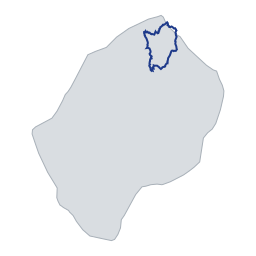 Nqoe, Butha-Buthe, Lesotho (highlighted)
{"feature_id": "5366337B84603329335542", "entity_name": "Nqoe", "entity_type": "district", "adm_level": 2, "iso_a3": "LSO", "parent_name": "Lesotho", "parent_adm1": "Butha-Buthe", "projection": "equal_earth", "projection_center": [28.538, -28.865], "detail": "medium", "context": "in_parent", "style": "outline", "palette": "blue", "viewbox_px": 256, "rotation_deg": 0, "n_neighbors": 0, "source": "geoboundaries", "source_scale": "gbopen_adm2", "svg_char_len": 2683}
<svg xmlns="http://www.w3.org/2000/svg" viewBox="0 0 256 256"><path d="M170.2,181.8L162.8,184.5L161.8,184.7L157.1,184.1L150.8,184.7L145.8,186.2L142.0,186.8L135.7,194.5L124.3,215.4L121.3,219.7L120.5,227.9L117.9,234.4L114.6,239.4L111.5,240.6L102.0,238.6L89.9,236.0L82.8,229.8L76.5,221.5L73.1,215.5L69.7,212.2L68.5,210.4L63.5,207.6L61.6,206.1L60.0,205.1L58.0,201.1L56.8,197.7L57.2,188.0L53.7,182.2L47.7,172.4L43.9,164.3L38.7,153.3L35.4,143.8L32.1,134.0L32.5,129.8L35.6,126.9L44.8,122.0L51.9,118.2L57.0,111.2L62.6,100.7L65.3,94.5L68.0,91.6L70.9,87.2L76.1,77.4L81.8,66.4L87.9,54.7L95.7,51.3L106.4,47.4L116.6,37.1L128.8,28.5L148.5,19.1L157.6,16.7L161.1,15.4L163.3,17.1L165.7,22.5L169.0,27.0L176.8,34.8L180.1,36.7L188.1,48.3L196.6,56.2L206.5,65.3L213.2,69.9L216.6,71.1L219.4,79.2L222.3,85.2L223.9,90.9L223.5,96.3L220.4,109.7L215.8,123.4L212.2,129.1L207.7,132.7L203.4,138.0L201.7,149.0L199.7,161.9L194.1,167.2L189.7,170.6L183.6,174.9L170.2,181.8Z" fill="#d9dde1" stroke="#a8b0b8" stroke-width="1"/><path d="M175.8,50.9L176.9,49.3L176.6,48.7L176.3,46.4L175.3,43.8L175.6,41.8L175.2,41.4L175.3,40.2L176.5,37.1L176.6,36.4L176.2,36.0L175.8,34.7L175.9,33.6L175.5,32.9L175.7,31.8L176.4,30.5L176.0,30.2L176.0,29.4L175.4,29.1L175.0,28.2L173.8,28.4L172.7,27.2L171.6,26.5L170.7,27.0L169.4,27.0L169.4,26.4L167.6,25.2L168.0,24.4L167.7,23.6L167.8,23.2L167.1,22.3L164.6,24.5L163.7,24.8L163.1,24.6L162.8,24.8L162.7,25.5L161.6,26.2L161.3,26.7L160.3,27.2L160.0,28.5L159.3,29.0L159.5,29.6L159.2,29.9L159.2,30.8L158.5,31.2L158.5,31.8L158.7,32.1L158.3,33.1L157.6,33.3L156.7,32.4L155.8,32.3L155.5,31.7L154.3,34.6L152.1,34.0L151.6,34.2L151.3,33.9L150.7,33.9L149.6,32.6L149.2,32.5L148.8,32.8L148.5,32.4L148.0,32.4L147.5,31.9L147.1,32.4L146.6,32.3L146.0,31.6L146.0,32.0L145.6,31.8L145.2,32.2L145.0,31.6L144.6,32.0L144.6,32.4L144.1,32.3L144.2,33.6L144.6,34.0L144.6,35.2L145.0,35.6L144.9,35.9L145.5,37.1L146.4,38.3L147.8,42.3L147.8,43.7L147.4,44.6L147.7,45.6L147.4,46.2L147.5,47.1L146.8,48.0L148.1,47.8L149.5,48.5L150.4,50.7L150.6,51.9L150.2,52.9L149.6,53.8L150.0,54.9L151.6,56.3L151.1,57.0L151.3,57.4L151.0,57.7L151.5,58.5L150.4,58.9L150.0,60.0L150.0,61.2L149.7,61.8L149.5,63.7L149.8,64.4L150.0,64.6L149.3,65.3L149.5,66.4L150.0,66.9L150.1,67.4L150.4,67.7L150.7,70.0L151.2,70.5L151.3,70.2L152.6,70.7L152.3,69.7L153.0,68.8L152.5,67.9L152.7,67.7L153.5,68.1L153.2,66.9L153.7,66.5L153.7,65.4L154.4,65.7L157.1,65.7L159.2,67.3L159.5,67.8L160.9,69.0L162.1,67.9L162.3,67.4L163.3,66.9L164.7,66.8L165.2,66.3L165.1,65.7L166.0,64.2L166.9,63.2L167.5,63.3L167.7,61.9L167.4,61.4L167.9,60.0L168.1,58.2L169.9,55.3L171.3,51.3L172.1,50.6L173.1,50.7L173.7,51.1L174.2,50.8L175.8,50.9Z" fill="none" stroke="#1e3a8a" stroke-width="2"/></svg>